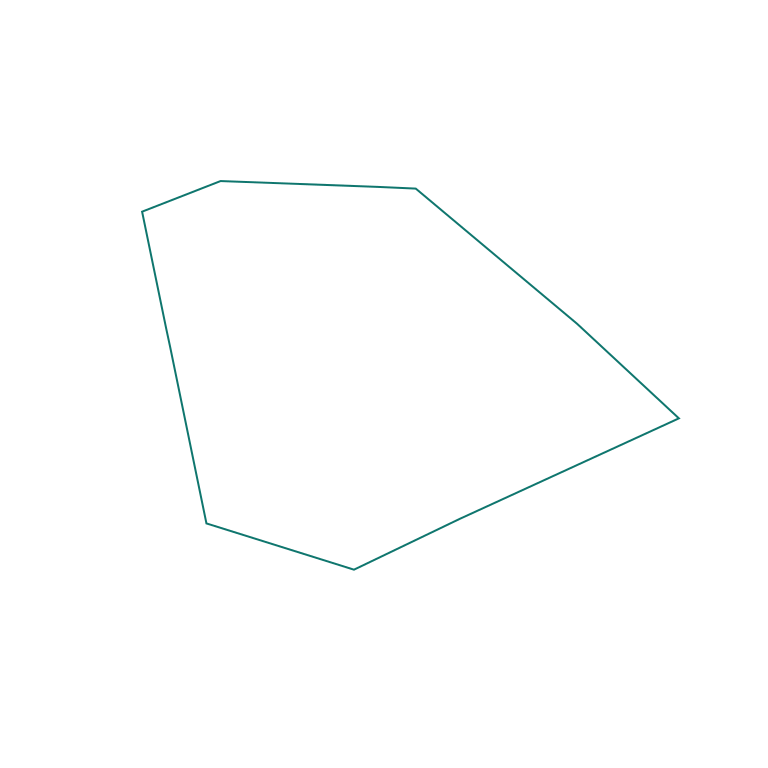 the district of Bom Jesus, Rio Grande do Norte, Brazil, rotated 291°
{"feature_id": "56859067B58968790260972", "entity_name": "Bom Jesus", "entity_type": "district", "adm_level": 2, "iso_a3": "BRA", "parent_name": "Brazil", "parent_adm1": "Rio Grande do Norte", "projection": "robinson", "projection_center": [-35.585, -6.006], "detail": "fine", "context": "isolated", "style": "outline", "palette": "teal", "viewbox_px": 768, "rotation_deg": 291, "n_neighbors": 0, "source": "geoboundaries", "source_scale": "gbopen_adm2", "svg_char_len": 309}
<svg xmlns="http://www.w3.org/2000/svg" viewBox="0 0 768 768"><g transform="rotate(291 384 384)"><path d="M509.4,542.7L577.8,343.6L565.8,307.6L514.9,158.7L458.2,96.4L358.0,160.6L341.9,171.1L190.2,268.2L199.9,422.5L285.4,503.2L457.6,671.6L509.4,542.7Z" fill="none" stroke="#0f766e" stroke-width="2"/></g></svg>